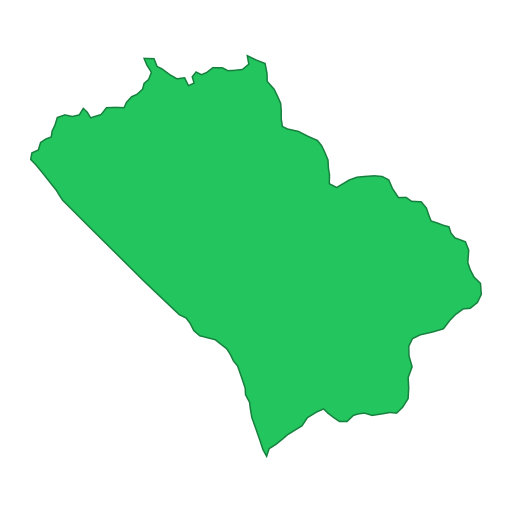 outline of Irapuã, São Paulo, Brazil
{"feature_id": "56859067B51888643984498", "entity_name": "Irapuã", "entity_type": "district", "adm_level": 2, "iso_a3": "BRA", "parent_name": "Brazil", "parent_adm1": "São Paulo", "projection": "orthographic", "projection_center": [-49.395, -21.274], "detail": "fine", "context": "isolated", "style": "filled", "palette": "green", "viewbox_px": 512, "rotation_deg": 0, "n_neighbors": 0, "source": "geoboundaries", "source_scale": "gbopen_adm2", "svg_char_len": 2020}
<svg xmlns="http://www.w3.org/2000/svg" viewBox="0 0 512 512"><path d="M265.1,63.5L256.1,60.0L247.3,55.7L248.8,64.2L242.4,69.5L234.3,70.4L227.9,70.7L222.4,67.8L212.8,67.7L206.9,72.4L201.5,74.7L196.1,72.0L192.2,76.8L194.1,83.0L188.5,85.7L184.6,77.8L177.0,78.8L169.8,74.7L162.0,68.9L157.1,66.5L154.0,58.7L144.1,58.4L146.8,64.9L151.4,72.3L148.6,79.5L144.1,83.4L142.6,89.2L136.9,94.4L131.6,96.7L126.5,102.3L124.1,107.7L115.7,107.4L106.5,107.7L101.2,114.5L90.6,117.8L87.3,112.3L83.3,108.4L79.3,114.9L72.3,116.5L64.9,114.9L57.3,117.5L54.9,125.3L52.2,130.9L51.2,137.0L45.8,139.0L40.6,142.5L38.3,150.0L31.9,152.9L30.7,159.5L36.0,164.9L44.6,175.5L52.4,185.4L56.3,190.2L59.4,195.4L62.7,200.3L90.3,227.9L129.1,266.4L144.2,281.4L179.3,314.7L186.1,318.0L190.1,323.3L193.8,330.6L199.8,335.8L215.2,339.7L221.0,344.3L226.7,348.8L230.1,354.0L233.4,360.8L237.6,366.0L241.5,377.1L245.2,388.2L245.5,394.6L249.6,402.4L250.3,408.5L251.8,417.4L255.8,428.6L260.0,440.6L262.9,449.5L266.6,456.3L269.1,448.7L276.0,444.3L282.6,439.0L287.4,434.8L294.2,430.6L302.0,425.8L307.5,417.6L316.5,412.1L323.5,408.9L328.0,413.2L333.7,417.6L339.5,421.5L347.0,421.5L353.4,415.4L358.8,413.8L364.6,413.1L372.1,415.4L382.4,413.8L389.9,412.5L396.6,413.1L402.6,407.3L408.1,398.6L408.7,388.4L408.2,377.4L412.1,366.8L409.0,355.9L408.8,346.2L412.4,338.7L420.0,334.9L425.6,333.6L433.0,331.9L443.4,328.8L449.9,320.3L455.3,314.7L463.2,308.9L470.2,308.3L477.4,302.5L481.3,294.4L480.5,283.4L474.1,277.2L470.2,269.7L467.8,262.6L468.7,250.2L465.4,241.8L454.8,237.8L450.8,232.8L449.0,226.8L443.3,225.3L437.3,223.0L431.1,221.0L428.8,215.2L426.4,208.1L421.2,201.8L411.5,201.3L406.1,197.4L398.5,197.6L392.5,188.6L388.8,180.0L382.2,176.5L374.3,175.8L364.3,176.5L357.0,177.2L349.2,180.0L336.7,187.5L329.3,183.7L329.5,174.8L328.4,168.0L328.0,160.0L324.4,151.5L321.6,145.7L317.5,140.5L307.7,136.2L298.4,131.4L287.5,129.0L282.4,126.5L281.2,118.8L281.2,109.9L280.6,103.2L277.6,96.4L274.1,89.2L267.2,81.4L267.0,73.6L265.1,63.5Z" fill="#22c55e" stroke="#15803d" stroke-width="1.5"/></svg>